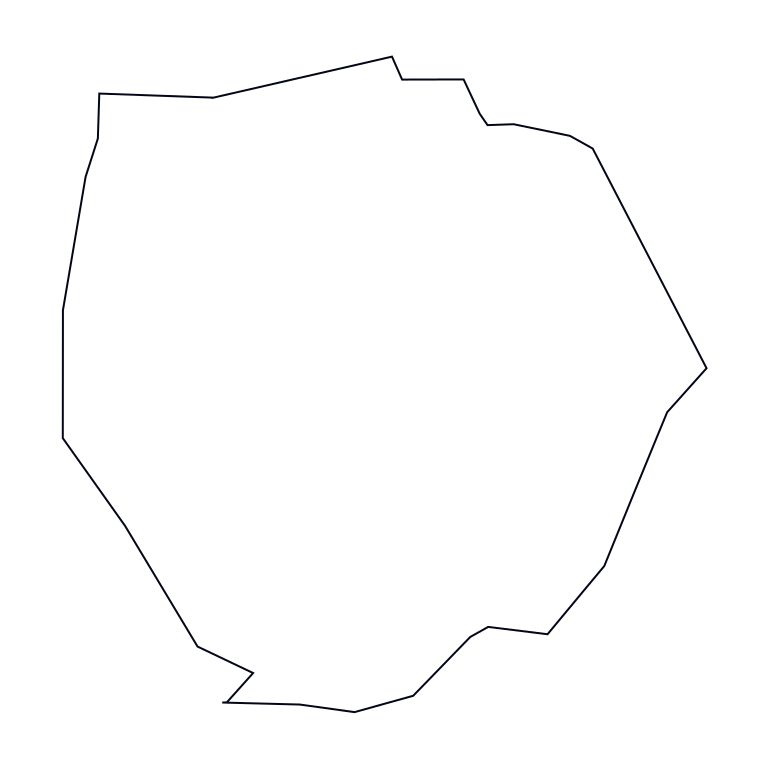 Michuhol-gu [Nam-gu], Incheon, South Korea, rotated 88°
{"feature_id": "91817680B16033238555875", "entity_name": "Michuhol-gu [Nam-gu]", "entity_type": "district", "adm_level": 2, "iso_a3": "KOR", "parent_name": "South Korea", "parent_adm1": "Incheon", "projection": "robinson", "projection_center": [126.663, 37.445], "detail": "fine", "context": "isolated", "style": "outline", "palette": "ink", "viewbox_px": 768, "rotation_deg": 88, "n_neighbors": 0, "source": "geoboundaries", "source_scale": "gbopen_adm2", "svg_char_len": 564}
<svg xmlns="http://www.w3.org/2000/svg" viewBox="0 0 768 768"><g transform="rotate(88 384 384)"><path d="M91.8,545.3L83.8,658.4L128.7,661.4L166.6,675.0L299.1,702.3L426.9,706.9L516.8,647.7L639.9,579.5L668.3,524.9L696.7,552.2L696.7,556.8L701.4,479.4L710.9,424.9L696.6,365.7L639.8,306.6L630.4,288.4L639.8,229.3L598.4,192.4L573.6,170.2L502.6,138.4L446.1,112.9L422.1,102.0L379.5,61.1L156.0,167.2L142.5,189.5L128.9,245.4L128.9,271.5L117.3,278.9L82.4,293.8L80.4,355.3L57.1,364.6L91.9,544.6L92.0,545.3L91.8,545.3Z" fill="none" stroke="#020617" stroke-width="2"/></g></svg>